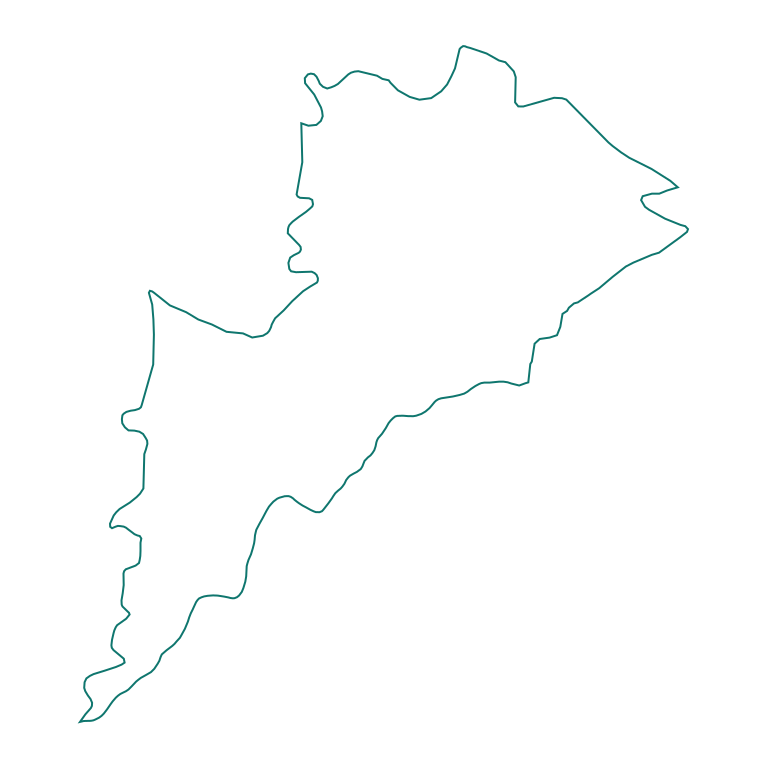 Pajapita, San Marcos, Guatemala
{"feature_id": "79465075B67367283540012", "entity_name": "Pajapita", "entity_type": "district", "adm_level": 2, "iso_a3": "GTM", "parent_name": "Guatemala", "parent_adm1": "San Marcos", "projection": "mercator", "projection_center": [-92.076, 14.718], "detail": "fine", "context": "isolated", "style": "outline", "palette": "teal", "viewbox_px": 768, "rotation_deg": 0, "n_neighbors": 0, "source": "geoboundaries", "source_scale": "gbopen_adm2", "svg_char_len": 4934}
<svg xmlns="http://www.w3.org/2000/svg" viewBox="0 0 768 768"><path d="M80.0,721.9L83.8,721.0L87.4,720.9L89.5,720.9L91.6,720.7L93.5,720.3L95.4,719.5L99.0,717.7L101.5,715.9L103.8,713.6L107.1,709.3L110.8,703.9L112.7,701.3L115.8,697.7L118.0,695.7L120.3,694.0L122.7,692.8L126.0,691.2L128.5,689.5L131.6,686.4L136.1,681.6L138.3,679.8L140.8,677.9L146.0,675.0L151.0,672.1L154.3,668.8L155.7,666.7L157.7,663.7L159.4,660.7L160.0,658.8L160.7,656.8L161.8,654.4L164.2,652.3L166.5,650.3L172.3,645.9L174.5,643.9L176.6,641.4L179.9,637.8L181.6,634.8L184.9,628.8L187.9,621.6L189.2,617.4L190.8,613.3L192.6,609.7L194.2,606.2L196.1,602.1L197.5,600.1L199.0,598.5L201.5,597.3L204.2,596.4L207.7,595.8L213.1,595.4L217.8,595.6L224.2,596.6L228.2,597.4L230.5,598.0L232.7,598.3L234.5,598.2L237.0,597.2L239.1,595.5L241.8,591.9L243.4,588.0L245.3,581.7L246.2,576.3L246.7,566.1L247.4,563.4L248.5,559.9L251.0,554.3L252.8,548.3L254.1,543.3L254.6,539.9L255.0,535.3L255.8,531.8L256.3,529.8L259.5,523.7L262.8,517.8L265.0,513.6L266.6,510.6L269.0,506.6L271.2,504.0L273.4,501.6L277.2,498.7L279.4,497.7L284.8,496.2L288.5,496.1L290.7,496.8L293.1,498.4L294.4,499.7L296.9,501.7L299.1,503.3L302.5,505.5L306.1,507.4L310.4,509.8L313.6,511.3L315.8,512.1L319.5,512.2L322.0,511.2L323.2,509.9L324.4,508.4L328.3,503.4L330.4,500.5L331.9,498.4L333.3,496.1L335.3,493.2L338.0,490.7L340.7,488.5L342.3,486.7L344.4,483.8L345.3,481.9L346.2,480.0L348.3,477.3L350.0,475.7L353.6,473.6L356.9,471.9L360.8,469.0L362.4,466.4L363.7,463.0L364.6,460.8L365.9,459.5L367.9,457.4L370.5,455.4L372.4,453.1L374.3,450.2L375.6,446.3L376.4,442.3L377.1,440.2L378.2,438.1L382.0,433.8L385.8,428.1L388.6,423.1L390.7,420.5L393.1,418.1L395.3,416.4L397.3,415.9L402.8,415.7L407.9,416.1L413.2,416.2L416.2,415.7L421.4,413.9L425.5,411.5L429.5,408.1L431.9,405.3L434.5,402.1L436.1,400.6L438.4,399.2L441.2,398.3L448.4,397.2L452.9,396.5L459.5,395.0L464.2,393.6L467.5,391.7L470.9,389.0L475.4,386.0L479.1,384.0L481.3,383.1L484.3,382.6L489.7,382.6L498.8,381.7L503.7,381.7L507.7,382.3L511.2,383.5L519.2,385.5L525.5,383.2L528.3,382.4L530.3,364.0L531.8,361.6L534.6,343.7L539.7,339.0L549.6,337.6L557.0,335.2L560.3,326.9L562.5,313.9L567.1,310.9L568.9,307.7L574.0,303.4L577.8,302.4L580.0,300.9L588.5,295.3L590.6,293.8L599.2,288.2L612.7,276.8L625.9,266.5L633.4,262.6L651.9,254.8L659.0,252.7L680.4,237.1L687.0,231.9L688.0,229.1L685.3,226.2L680.5,224.9L665.1,218.7L649.1,209.8L645.0,206.8L641.1,200.1L642.7,196.2L651.8,193.7L659.2,193.7L667.1,190.5L677.8,187.3L670.4,180.9L651.6,169.0L629.3,157.8L621.1,152.4L612.6,146.0L608.4,142.4L566.3,99.6L562.0,98.2L554.1,97.8L523.2,106.5L518.3,106.4L515.1,102.4L515.7,77.2L513.8,71.4L505.4,62.2L499.0,60.5L486.6,53.5L470.3,48.0L466.9,47.1L465.1,46.3L463.1,46.1L460.8,47.7L459.6,49.1L455.0,68.4L451.3,76.4L447.1,84.5L441.2,91.3L431.2,98.1L419.4,99.7L409.7,96.9L397.9,90.3L390.5,82.8L388.7,80.3L382.4,78.9L377.0,75.7L358.3,71.2L354.5,71.6L351.0,72.7L348.3,74.4L337.9,84.0L334.6,85.9L331.2,87.3L327.2,88.5L323.0,86.8L319.8,83.7L318.7,80.9L316.5,76.7L314.0,74.2L310.8,73.6L307.9,74.4L304.8,78.2L305.1,83.2L314.2,94.5L321.0,107.5L322.1,111.4L322.7,116.2L320.9,120.9L316.4,124.9L308.4,125.7L301.3,123.3L302.3,162.2L296.6,194.5L297.7,196.5L300.0,197.8L309.1,198.3L312.2,199.9L313.0,204.2L312.3,206.4L309.9,208.6L306.1,211.8L299.0,216.8L292.7,221.6L291.0,223.3L289.3,225.2L288.5,227.0L288.0,229.1L287.8,233.3L297.6,243.4L299.0,244.8L300.6,246.9L300.9,249.6L300.0,251.6L298.7,252.8L293.8,255.2L290.2,257.6L288.4,262.9L289.3,268.9L291.1,271.3L296.0,272.2L311.7,271.7L314.6,273.1L316.6,275.0L317.9,278.2L317.8,280.7L317.0,282.5L310.1,286.6L303.1,291.2L292.3,301.1L283.7,310.4L275.1,318.3L273.2,321.7L271.7,324.6L271.0,327.2L269.2,330.9L267.3,333.1L263.0,335.7L252.2,337.5L243.0,333.4L226.5,331.8L211.9,324.5L198.3,319.5L186.2,312.2L169.9,305.4L154.1,292.8L152.1,291.4L149.9,290.8L148.9,292.8L152.2,304.5L153.4,319.4L153.9,334.6L153.2,364.5L141.7,405.1L140.9,407.3L139.0,408.8L134.9,410.1L130.7,410.7L126.4,411.9L123.7,413.7L122.4,415.3L121.9,419.2L122.3,423.3L124.9,427.3L128.5,430.4L134.3,430.6L139.4,431.7L143.1,434.0L145.8,438.2L147.1,440.6L147.4,443.9L145.9,449.5L144.3,454.1L143.4,488.5L140.0,493.7L136.6,497.1L129.8,502.6L123.9,506.3L119.6,509.0L116.2,512.3L113.7,515.5L110.0,523.7L110.2,526.8L112.0,528.2L115.5,526.7L117.9,525.9L120.3,526.1L123.7,526.6L126.0,527.7L128.7,529.8L131.9,532.2L134.5,534.2L137.5,535.5L139.7,536.0L141.3,538.5L140.5,542.7L140.5,550.9L140.3,556.0L139.7,559.9L139.0,563.0L135.6,565.6L125.8,569.3L124.1,571.2L123.5,573.5L123.7,585.1L122.7,593.3L121.5,600.4L121.7,604.7L122.5,606.5L127.3,611.2L129.0,612.8L129.6,614.5L126.2,618.7L117.1,625.2L115.7,627.3L114.3,630.5L113.6,633.0L112.0,639.9L111.4,645.3L111.8,647.8L113.5,650.1L123.8,658.7L124.6,662.6L121.6,664.6L115.9,667.0L104.6,670.7L93.6,674.1L89.9,675.9L86.4,678.4L84.6,682.2L84.2,687.9L85.3,691.2L87.9,695.5L90.5,699.0L92.1,702.8L91.9,705.9L90.9,708.0L85.4,714.3L80.0,721.9Z" fill="none" stroke="#0f766e" stroke-width="2"/></svg>